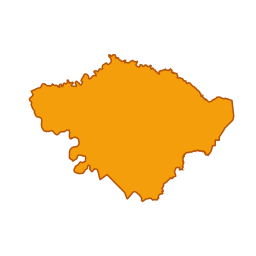 Santiago Minas, Oaxaca, Mexico, rotated 10°
{"feature_id": "50627088B26414808863062", "entity_name": "Santiago Minas", "entity_type": "district", "adm_level": 2, "iso_a3": "MEX", "parent_name": "Mexico", "parent_adm1": "Oaxaca", "projection": "natural_earth1", "projection_center": [-97.263, 16.434], "detail": "fine", "context": "isolated", "style": "filled", "palette": "amber", "viewbox_px": 256, "rotation_deg": 10, "n_neighbors": 0, "source": "geoboundaries", "source_scale": "gbopen_adm2", "svg_char_len": 5700}
<svg xmlns="http://www.w3.org/2000/svg" viewBox="0 0 256 256"><g transform="rotate(10 128 128)"><path d="M26.4,108.5L28.7,111.8L28.7,112.4L25.9,116.3L26.2,117.5L27.0,118.4L28.0,118.7L28.4,119.2L28.7,119.9L28.6,121.6L28.8,122.2L30.8,125.4L32.9,127.3L33.4,129.7L34.4,130.7L34.8,131.6L36.2,132.7L39.3,132.9L40.5,133.3L41.0,133.7L41.8,135.4L42.2,140.3L43.4,142.9L45.4,145.1L46.1,145.4L48.3,145.6L50.8,145.1L51.9,144.3L53.4,143.8L54.8,144.4L57.3,146.5L58.9,147.0L59.5,146.9L60.6,145.9L62.1,143.6L62.8,143.3L65.8,142.8L68.2,140.7L70.2,140.4L70.7,141.0L71.5,143.0L71.3,143.4L71.9,147.2L72.9,148.5L73.7,148.6L74.8,147.7L74.7,147.4L77.8,146.1L80.6,147.2L81.6,148.5L82.0,150.3L82.6,151.0L82.3,153.2L81.9,154.2L81.2,154.9L80.1,155.4L77.3,156.4L76.2,157.3L74.9,159.1L74.6,160.6L74.6,162.8L75.0,164.0L75.3,167.1L76.0,168.1L78.7,169.3L79.1,170.0L79.6,170.1L82.7,167.2L83.1,166.4L83.0,164.6L84.2,163.3L85.7,163.0L87.4,163.0L88.6,163.5L89.7,163.1L90.6,163.1L91.5,164.2L91.8,168.2L89.1,170.0L87.1,169.7L86.6,170.2L85.2,172.9L83.0,174.9L82.2,178.1L82.3,179.4L83.1,180.6L85.1,181.2L88.1,181.4L91.3,180.4L91.8,180.0L92.2,179.2L93.3,176.5L94.5,175.5L94.9,174.8L95.1,171.9L95.7,171.5L96.9,171.8L97.4,172.7L97.3,174.5L97.5,175.1L99.7,177.2L100.2,177.2L100.7,176.6L102.1,174.0L104.8,174.2L105.6,175.2L109.0,182.7L109.6,183.5L115.5,177.6L135.9,192.1L139.4,197.8L139.8,197.7L144.4,190.0L145.2,189.5L146.8,189.6L151.2,192.3L152.9,193.9L153.6,194.9L153.9,197.0L155.1,197.7L158.0,194.9L162.0,193.3L163.0,193.4L164.7,194.6L166.8,193.9L169.0,193.8L169.3,193.5L169.7,192.3L170.4,191.6L169.8,190.7L169.8,190.3L170.1,188.8L170.6,187.9L171.3,187.6L171.8,187.1L172.7,187.1L173.6,186.5L172.5,184.8L173.4,184.4L173.6,183.9L172.1,181.6L172.5,180.1L172.9,179.7L173.1,178.5L172.8,177.6L173.2,176.4L175.5,174.5L175.6,173.7L176.4,173.0L177.2,171.6L177.9,171.1L178.2,169.8L178.7,169.6L179.7,170.2L180.3,170.1L180.9,169.4L181.2,168.7L181.1,168.4L183.3,167.2L183.1,166.1L181.6,163.5L181.5,162.0L182.0,159.3L182.7,158.6L185.4,157.9L185.6,158.0L185.6,159.0L186.0,160.2L186.8,160.1L187.0,159.6L188.1,159.3L189.0,159.5L188.5,158.2L189.0,157.5L188.9,156.5L188.2,156.1L188.8,153.9L188.7,152.8L188.9,152.6L188.8,152.1L188.3,152.3L188.0,152.1L188.1,150.6L187.6,150.1L187.5,148.8L187.8,147.8L187.2,146.3L187.4,145.8L188.2,145.9L187.8,144.4L188.3,143.9L188.6,144.0L189.2,142.7L190.6,141.9L192.3,141.6L192.8,140.9L194.8,140.7L196.4,139.6L197.0,138.8L198.3,139.4L199.1,138.3L199.4,138.4L200.4,138.0L200.8,138.2L201.0,137.7L202.1,138.4L202.5,137.9L203.0,137.8L203.5,138.1L203.7,137.7L204.9,138.0L205.3,137.8L205.7,138.2L206.2,137.7L206.6,137.8L206.6,138.2L207.3,137.9L208.3,138.8L207.9,138.9L207.9,139.4L208.5,139.8L208.9,140.6L209.3,140.8L209.6,140.6L210.3,141.0L210.9,140.9L211.3,140.4L211.7,140.7L212.1,139.3L212.6,139.3L213.4,137.6L214.0,135.6L214.4,130.8L216.9,130.1L216.1,124.7L219.9,124.2L219.5,120.9L222.5,113.9L223.4,111.2L229.8,102.1L230.1,98.0L225.6,82.9L220.4,82.0L219.7,82.2L218.8,81.8L217.6,82.5L216.5,82.5L212.6,81.6L210.2,82.3L209.8,83.2L208.2,84.5L207.6,85.4L207.0,85.2L204.9,87.6L204.1,88.1L202.9,88.2L199.8,86.2L199.6,86.9L199.0,86.7L198.7,86.0L197.7,85.6L196.2,84.5L196.0,83.0L195.8,83.1L195.5,84.0L195.0,84.1L194.2,83.7L194.1,82.1L192.6,81.0L192.4,80.2L190.0,78.6L189.4,78.6L187.9,77.0L187.0,76.9L185.9,75.8L184.7,75.8L181.2,73.0L179.4,73.0L178.7,73.8L178.3,73.9L177.5,73.3L176.9,71.8L175.5,71.7L175.1,71.9L173.9,71.1L173.9,70.7L172.9,69.9L172.1,70.1L170.8,69.5L170.2,69.6L168.5,70.1L167.7,69.6L168.0,68.8L168.0,68.3L167.8,67.8L166.9,67.1L166.7,66.6L166.7,66.0L166.4,66.1L164.4,65.7L163.6,66.3L162.9,65.4L162.1,65.9L161.7,65.9L161.1,64.8L161.4,64.2L161.2,63.7L160.5,62.9L160.1,63.0L159.4,62.5L159.2,62.7L158.9,63.8L158.1,63.9L157.7,64.4L157.1,64.1L156.5,64.4L155.3,64.3L154.8,63.5L154.6,63.5L154.4,64.2L153.5,64.5L153.0,64.4L151.1,65.9L150.3,65.9L149.0,66.7L148.9,67.5L149.6,69.1L149.3,69.5L148.3,68.8L147.2,68.9L146.7,67.8L145.3,67.2L144.8,66.8L144.8,66.4L144.4,66.5L143.5,66.1L143.0,65.7L143.0,65.4L142.2,64.8L141.4,64.9L141.1,65.7L140.1,65.8L139.8,65.0L139.9,62.6L139.4,62.4L137.5,64.1L136.8,64.1L135.2,63.0L134.8,63.1L134.0,62.9L133.6,63.9L131.9,64.7L131.5,64.6L130.9,63.6L129.1,63.5L128.8,65.1L128.2,66.1L127.5,66.1L125.8,65.5L124.9,64.6L125.2,62.7L125.6,62.1L125.7,61.0L125.4,60.8L125.0,61.4L122.8,61.6L120.8,60.6L119.1,61.9L117.1,64.0L114.7,63.7L113.7,64.2L113.3,64.1L113.2,63.6L113.9,62.5L113.8,61.8L113.0,62.0L111.3,63.2L110.4,63.6L109.0,62.6L108.4,62.5L106.5,61.4L106.2,61.1L106.3,60.7L104.9,60.6L104.2,61.2L103.8,61.2L103.5,60.6L103.6,60.0L102.7,58.4L102.3,58.2L100.4,58.6L99.4,60.2L98.8,60.2L98.0,59.4L96.7,59.2L96.5,59.5L96.9,61.1L98.4,61.8L98.6,62.4L99.6,63.6L99.9,66.1L99.3,66.9L98.9,67.8L98.2,68.4L96.9,69.0L96.1,68.1L95.2,67.8L92.4,70.4L92.2,70.9L92.0,72.3L92.3,73.2L92.7,73.7L92.4,74.4L91.9,74.8L90.6,74.6L89.5,74.9L88.9,77.5L88.3,77.8L87.6,77.3L86.3,77.4L85.4,77.5L84.8,78.0L84.7,78.7L87.0,80.4L87.4,82.0L86.1,81.9L84.4,82.7L82.5,85.7L81.3,86.5L80.5,85.6L80.3,84.0L78.6,82.6L77.0,82.1L76.0,82.5L75.4,83.2L75.5,84.6L74.7,85.7L73.5,89.2L73.8,89.8L75.2,90.5L74.8,93.0L74.1,93.8L73.6,93.9L72.2,92.5L69.2,90.9L68.7,91.3L68.1,92.6L69.9,95.0L70.0,95.7L69.8,96.0L69.1,95.9L67.7,96.4L65.3,96.3L64.9,96.1L64.8,95.6L66.2,93.2L65.5,92.6L62.6,93.9L61.6,92.3L60.4,91.2L60.0,91.5L59.9,92.0L60.4,92.4L60.5,92.9L59.9,94.7L58.8,95.4L57.7,94.8L57.0,95.2L56.7,95.7L56.7,97.5L56.3,98.5L55.9,98.7L55.1,97.1L54.5,96.5L53.8,96.7L53.0,97.5L52.7,98.4L53.7,99.2L53.3,99.7L51.9,99.6L51.3,98.8L50.7,98.5L49.9,98.4L48.0,98.9L45.9,97.8L45.2,99.5L44.4,100.1L43.2,100.0L41.9,100.4L39.9,100.0L38.4,99.1L37.5,99.0L36.2,99.5L35.6,100.7L35.6,101.2L35.1,102.5L34.3,103.8L32.6,104.2L26.4,108.5Z" fill="#f59e0b" stroke="#b45309" stroke-width="1.5"/></g></svg>